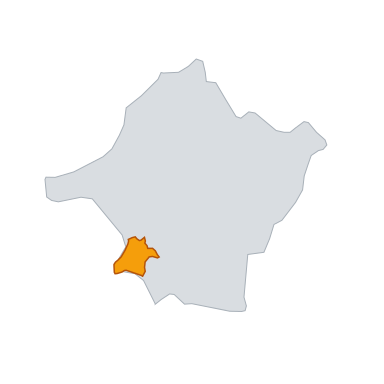 Kačanik on a map of Kosovo (orthographic projection), rotated 76°
{"feature_id": "KOS-5915", "entity_name": "Kačanik", "entity_type": "District", "adm_level": 1, "iso_a3": "XKX", "parent_name": "Kosovo", "parent_adm1": "", "projection": "orthographic", "projection_center": [21.226, 42.206], "detail": "fine", "context": "in_parent", "style": "filled", "palette": "amber", "viewbox_px": 384, "rotation_deg": 76, "n_neighbors": 0, "source": "natural_earth", "source_scale": "10m", "svg_char_len": 1596}
<svg xmlns="http://www.w3.org/2000/svg" viewBox="0 0 384 384"><g transform="rotate(76 192 192)"><path d="M110.9,136.8L129.5,131.0L132.2,126.7L128.0,117.5L130.6,111.7L152.7,95.5L156.4,88.1L157.8,82.3L154.9,76.1L150.8,66.3L152.8,62.3L164.3,56.7L173.6,50.3L179.0,49.8L182.4,54.5L182.4,59.3L185.4,67.5L192.2,72.0L203.5,79.2L216.7,84.2L227.1,94.0L241.2,111.6L243.3,120.3L256.1,128.0L267.9,136.8L266.1,153.0L306.6,167.0L315.7,166.8L320.0,169.2L319.9,172.9L316.8,184.3L300.3,219.2L299.0,226.4L287.1,234.1L285.5,238.4L288.9,248.0L292.0,254.8L291.8,254.7L266.2,260.4L257.5,267.1L252.4,278.6L250.8,284.6L246.2,284.8L238.7,278.8L229.2,269.5L216.8,270.2L174.5,290.4L170.2,301.0L169.2,324.1L166.2,330.3L161.7,334.2L144.2,331.6L142.3,330.1L144.7,321.2L143.9,301.9L136.3,269.8L130.8,259.3L119.3,248.7L110.4,241.8L94.4,235.5L86.4,217.9L74.4,197.7L68.6,193.1L69.6,191.1L72.6,176.1L69.2,165.1L64.0,155.7L67.8,150.0L79.0,150.2L88.3,151.4L91.7,142.5L110.9,136.8Z" fill="#d9dde1" stroke="#a8b0b8" stroke-width="1"/><path d="M261.8,260.4L260.8,261.2L252.0,274.8L251.8,276.6L252.1,277.6L252.6,278.7L252.8,280.5L253.0,284.6L252.9,285.0L252.7,286.4L251.1,286.8L244.6,285.5L243.4,285.2L242.2,283.9L241.6,283.3L240.2,280.4L237.8,276.4L232.4,271.1L226.8,266.7L224.7,265.6L223.7,265.3L222.6,265.3L221.8,261.0L221.8,257.9L224.1,256.8L226.4,254.8L226.4,253.2L224.5,249.1L228.3,249.1L230.2,250.1L233.3,248.6L236.0,248.6L237.1,243.9L240.2,241.8L244.4,240.8L247.1,239.6L247.6,241.4L245.0,245.9L244.6,249.2L248.5,254.4L253.7,256.3L257.7,256.6L261.8,260.3L261.8,260.4Z" fill="#f59e0b" stroke="#b45309" stroke-width="1.5"/></g></svg>